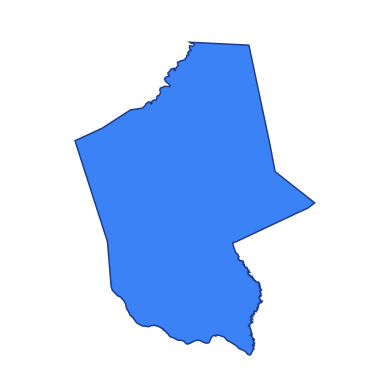 Siavonga, Southern, Zambia (Natural Earth projection), rotated 98°
{"feature_id": "96606910B78484131600253", "entity_name": "Siavonga", "entity_type": "district", "adm_level": 2, "iso_a3": "ZMB", "parent_name": "Zambia", "parent_adm1": "Southern", "projection": "natural_earth1", "projection_center": [28.625, -16.409], "detail": "fine", "context": "isolated", "style": "filled", "palette": "blue", "viewbox_px": 384, "rotation_deg": 98, "n_neighbors": 0, "source": "geoboundaries", "source_scale": "gbopen_adm2", "svg_char_len": 6000}
<svg xmlns="http://www.w3.org/2000/svg" viewBox="0 0 384 384"><g transform="rotate(98 192 192)"><path d="M38.7,156.1L44.0,215.1L44.8,213.4L44.9,211.1L45.0,210.7L45.4,210.3L46.1,210.3L46.8,210.8L47.8,211.8L47.4,214.0L47.4,214.5L49.7,214.6L50.6,214.0L51.8,212.6L52.3,212.7L52.2,213.7L52.6,214.2L54.6,215.5L55.0,215.7L55.6,214.7L56.6,214.3L57.1,215.1L57.5,216.2L57.8,216.2L58.3,216.0L59.4,216.3L61.9,217.7L62.8,218.6L62.9,219.4L63.8,221.6L65.5,224.3L66.2,224.4L67.0,223.9L68.8,223.4L70.8,224.8L74.0,225.7L74.2,226.3L73.8,226.6L73.6,226.7L73.3,226.0L72.4,226.3L71.9,226.8L72.0,227.5L72.4,227.9L73.3,229.9L74.4,230.6L75.7,230.9L77.2,232.3L78.5,232.2L78.9,231.8L79.5,230.7L80.0,230.6L80.4,230.8L81.1,232.6L82.5,234.4L83.3,234.8L84.5,234.7L85.7,233.8L86.8,232.7L88.5,229.7L89.8,228.5L90.3,228.4L90.7,228.9L91.2,234.1L92.5,235.5L92.7,236.3L93.5,237.8L95.5,238.1L97.4,237.1L98.6,237.1L100.8,238.0L101.2,238.3L101.5,239.4L101.8,239.7L104.1,240.2L105.9,240.2L106.5,242.9L107.5,244.2L108.4,244.4L110.0,244.2L110.5,244.5L110.1,245.2L108.9,246.0L108.5,246.8L108.6,247.3L109.7,248.2L110.8,249.7L113.0,250.5L115.6,252.5L116.1,253.6L119.3,264.4L141.2,289.7L157.5,315.0L252.9,268.8L296.9,258.9L300.4,257.2L305.0,251.4L305.6,249.8L305.3,249.7L305.8,248.1L307.3,246.8L307.0,246.7L307.6,245.9L310.7,243.0L312.0,242.2L316.7,240.5L318.8,238.5L319.7,238.1L320.5,237.2L321.2,237.0L323.0,235.9L323.2,235.4L323.1,234.8L323.5,234.5L323.8,234.4L323.7,234.1L325.1,232.6L326.2,231.7L327.3,230.3L328.9,229.0L330.0,226.9L330.6,225.2L330.6,224.7L331.6,222.5L331.4,220.3L331.5,217.3L331.2,215.6L329.7,213.3L329.7,212.2L329.4,212.1L329.2,210.5L329.7,207.9L329.6,207.1L330.5,204.8L330.3,204.2L330.9,203.8L331.5,201.9L332.0,201.8L331.7,201.5L332.0,201.0L332.4,200.6L332.6,200.7L333.4,199.7L333.4,199.1L334.6,197.6L335.0,197.4L335.2,196.8L335.6,196.8L335.6,196.3L338.1,193.9L338.4,193.1L339.3,189.0L340.3,186.7L340.7,184.8L340.3,182.8L340.8,179.3L342.8,176.9L343.2,176.0L343.1,175.0L342.2,173.1L339.1,168.7L338.3,167.2L337.9,163.9L338.0,163.1L339.2,159.9L339.7,157.0L339.6,156.0L339.0,155.1L339.1,154.5L338.1,153.9L335.9,153.4L332.0,151.9L330.9,150.4L331.4,148.3L330.8,148.4L330.3,148.0L330.2,144.8L331.2,139.7L334.3,136.4L335.1,133.2L337.7,127.6L338.7,125.5L340.3,124.2L341.6,119.0L342.7,116.8L345.1,114.0L345.3,111.8L343.3,110.7L342.3,110.5L339.1,109.1L338.8,109.7L338.2,109.0L336.7,109.8L336.5,109.3L335.7,109.1L335.8,110.1L335.0,110.9L334.5,110.6L334.1,109.8L333.9,109.8L333.8,109.6L334.3,109.6L334.1,109.3L333.9,109.0L333.2,109.0L333.3,109.4L332.8,109.3L332.7,109.9L332.5,110.1L331.1,110.1L331.1,110.3L330.8,110.1L330.5,110.7L330.0,110.7L329.5,111.5L329.0,110.7L329.4,110.0L328.9,110.0L328.8,110.5L328.5,110.8L328.8,111.3L327.6,111.9L326.9,112.7L326.5,112.7L326.6,113.4L326.4,113.0L326.0,113.3L326.0,113.8L325.3,113.7L325.4,114.1L324.7,113.6L324.9,112.8L324.2,112.9L323.7,113.4L323.4,113.1L322.6,114.0L321.1,114.1L320.1,115.0L319.3,114.9L319.0,115.4L316.9,116.5L316.8,116.9L317.0,117.0L316.8,117.3L316.3,116.8L316.5,116.2L316.0,116.3L315.4,116.9L315.1,116.9L314.7,116.1L314.7,116.5L314.3,115.6L313.5,115.1L313.2,114.7L312.7,114.9L312.7,114.4L312.3,114.9L312.0,114.3L311.8,114.7L312.0,115.3L311.5,115.4L311.0,115.3L310.9,116.1L310.6,116.0L310.6,115.6L309.7,115.7L309.5,115.3L309.1,115.3L309.0,115.1L309.2,114.7L308.9,114.9L308.8,115.5L308.2,115.8L308.1,116.1L308.3,116.2L308.0,116.5L307.8,116.0L307.2,116.2L307.2,115.9L306.9,115.9L307.0,115.5L307.0,115.1L306.6,115.6L306.0,115.6L305.9,115.5L306.2,115.3L306.1,114.6L305.7,114.8L305.4,114.4L305.1,114.7L305.0,113.9L304.9,114.3L304.6,113.5L303.8,113.2L303.5,114.0L302.9,114.0L302.5,113.7L301.9,113.7L301.8,113.3L301.6,113.9L301.4,113.8L301.2,112.9L301.3,112.8L301.5,113.2L301.6,112.9L301.1,112.4L301.3,112.1L300.8,112.1L300.6,111.9L300.7,111.5L300.2,111.3L299.5,111.3L299.5,110.9L298.9,110.8L298.3,110.9L297.9,111.5L297.4,111.2L296.9,111.3L296.8,111.1L297.3,110.6L296.3,110.6L296.3,110.3L295.2,110.6L294.5,110.2L294.0,110.8L293.9,110.4L293.3,110.5L293.5,110.0L292.7,109.7L292.4,109.2L291.9,108.9L291.5,109.0L291.5,108.4L291.2,108.1L291.6,107.9L290.9,107.5L291.1,108.0L290.8,108.3L290.7,108.1L290.4,108.1L290.5,107.8L290.2,107.9L290.5,108.5L290.1,108.9L289.6,109.0L289.5,109.6L289.1,109.3L288.6,109.8L288.6,110.2L288.1,110.2L287.7,110.6L287.4,110.4L287.1,111.0L286.0,110.7L286.3,110.4L286.0,110.1L285.4,110.2L285.4,109.7L285.2,109.9L284.7,109.2L284.5,109.6L283.7,109.6L283.4,110.0L282.8,109.7L282.0,109.9L281.0,111.0L280.4,110.8L279.8,110.0L279.8,109.6L279.5,109.5L279.5,110.5L278.9,110.2L278.8,110.4L278.2,110.6L278.1,110.9L278.0,110.7L277.8,110.8L278.0,111.3L277.8,111.6L277.1,111.5L276.8,112.2L275.7,112.5L275.8,111.6L274.6,112.3L274.3,112.4L274.1,112.1L273.9,112.4L273.6,112.3L273.3,113.1L272.2,113.2L272.2,114.1L272.5,114.2L272.4,114.4L272.0,114.3L272.3,115.3L272.1,116.0L271.9,115.9L271.5,116.8L271.0,116.8L270.9,117.1L271.2,117.0L271.0,117.6L270.8,117.7L270.6,118.3L270.4,118.0L269.9,118.4L269.4,119.1L269.5,119.7L269.3,120.0L268.7,120.2L268.5,119.8L268.3,120.2L268.4,120.4L268.2,120.7L267.3,120.5L267.4,121.5L267.5,121.6L267.5,121.4L267.8,121.5L267.4,121.8L267.1,121.8L267.1,122.5L266.4,123.8L266.2,123.9L266.1,123.7L266.0,124.2L266.3,124.5L265.5,124.7L265.2,125.2L264.3,125.2L264.0,124.7L263.8,124.3L263.7,125.1L263.9,125.3L263.6,125.6L263.1,124.4L262.4,125.2L262.1,124.7L261.6,125.6L260.9,125.8L259.7,127.4L259.5,127.1L259.6,126.9L259.0,127.2L259.2,127.9L259.5,127.7L259.6,128.1L258.7,129.0L258.5,129.6L258.0,129.9L257.8,129.7L257.6,129.9L256.7,130.1L256.7,130.7L257.0,130.7L256.6,131.1L255.7,130.8L255.4,131.2L254.8,131.2L254.4,131.7L254.1,131.7L254.1,131.4L253.6,131.6L253.5,132.6L253.0,133.0L253.5,134.1L253.5,134.7L253.3,134.6L252.9,135.1L252.8,135.6L252.6,135.8L252.7,136.1L252.4,136.5L252.2,136.1L250.8,137.2L249.8,136.5L249.5,136.5L248.8,137.3L247.7,137.8L247.7,138.1L246.7,138.9L246.3,140.3L245.4,140.4L242.6,142.2L236.7,144.7L235.3,141.7L198.0,84.8L191.9,75.1L185.7,69.0L160.3,112.5L134.0,121.5L38.7,156.1Z" fill="#3b82f6" stroke="#1e3a8a" stroke-width="1.5"/></g></svg>